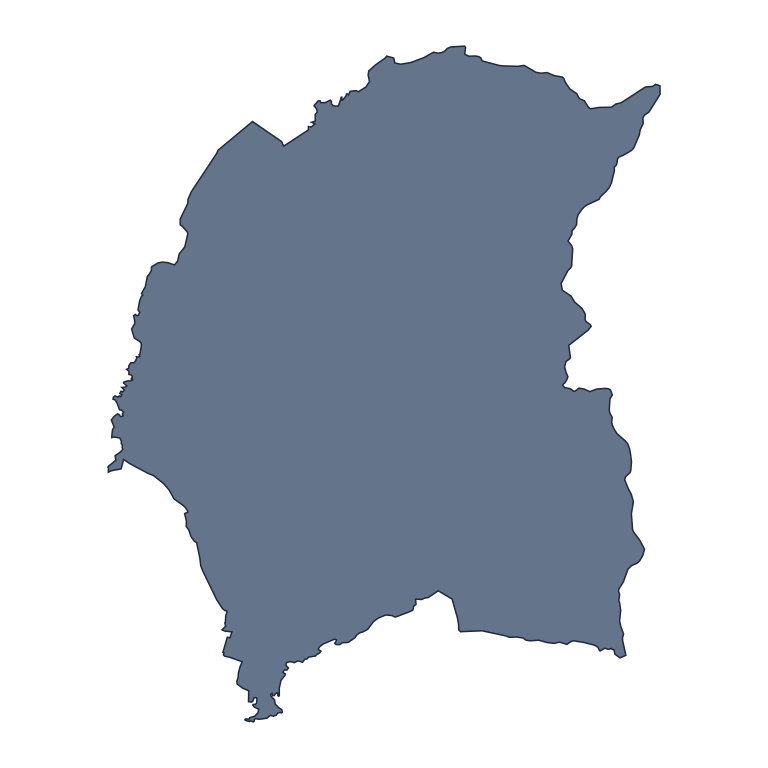 the district of Salcia, Prahova, Romania
{"feature_id": "2599482B25993621139303", "entity_name": "Salcia", "entity_type": "district", "adm_level": 2, "iso_a3": "ROU", "parent_name": "Romania", "parent_adm1": "Prahova", "projection": "robinson", "projection_center": [26.322, 45.187], "detail": "fine", "context": "isolated", "style": "filled", "palette": "slate", "viewbox_px": 768, "rotation_deg": 0, "n_neighbors": 0, "source": "geoboundaries", "source_scale": "gbopen_adm2", "svg_char_len": 6075}
<svg xmlns="http://www.w3.org/2000/svg" viewBox="0 0 768 768"><path d="M623.6,634.0L620.8,626.5L619.6,620.8L620.7,610.2L619.6,602.7L618.8,600.4L619.6,594.8L618.5,590.9L618.7,589.4L623.5,581.7L627.9,569.3L631.6,565.6L637.6,562.9L639.7,560.8L642.7,555.7L644.5,549.1L639.6,539.9L633.3,531.6L632.5,528.9L631.4,513.7L633.4,501.8L631.3,494.3L628.4,488.9L624.7,479.9L625.4,476.9L630.1,472.5L630.7,471.0L631.5,462.0L630.4,453.1L629.6,448.8L627.7,443.7L625.3,440.9L617.1,433.7L614.3,429.5L612.4,425.4L611.7,422.0L612.2,417.3L609.9,413.2L609.2,410.1L610.0,398.8L612.3,395.0L610.5,389.9L608.3,388.7L605.3,388.4L596.8,389.0L589.9,391.6L583.9,389.0L578.9,388.1L575.3,391.0L573.8,391.3L570.3,388.7L564.8,387.6L562.8,385.6L563.2,384.2L564.8,383.0L566.6,380.1L567.9,376.8L565.8,371.6L564.6,366.7L566.0,361.5L569.7,358.9L570.5,357.6L568.7,345.4L588.2,330.1L591.2,326.3L590.4,324.8L585.8,321.3L585.1,319.2L585.3,315.0L584.8,313.1L582.0,308.4L574.7,302.1L571.0,296.0L562.4,290.3L561.1,283.5L568.0,270.4L570.7,268.0L571.6,266.2L572.7,249.0L571.7,245.6L568.0,241.1L571.9,234.2L572.0,230.8L574.6,228.0L576.6,224.6L576.9,218.9L578.0,215.1L582.0,209.2L584.5,206.7L587.1,204.9L599.1,199.3L600.4,196.8L606.3,191.2L609.2,187.6L611.5,182.8L614.4,170.6L614.3,167.3L616.6,164.6L617.7,158.4L619.2,156.9L623.1,155.4L631.7,150.3L633.8,147.9L639.4,134.7L640.2,129.7L643.2,123.6L642.9,117.8L644.4,115.2L649.0,112.0L660.1,94.3L660.0,85.8L655.6,84.3L653.0,86.3L645.2,87.1L621.3,102.7L615.9,104.0L611.5,107.2L599.3,107.4L590.4,108.8L588.2,106.8L584.3,100.7L580.0,98.9L578.6,97.5L576.9,93.8L569.7,88.8L565.2,82.1L563.8,78.4L562.5,77.1L554.3,75.6L547.1,72.6L541.2,73.2L535.9,72.3L524.2,65.4L517.7,66.3L503.5,65.9L499.4,65.5L483.6,61.3L482.0,60.6L480.9,58.0L478.9,56.6L475.5,56.0L469.0,56.2L465.3,54.6L464.8,53.2L465.6,47.5L464.6,46.1L450.9,46.9L447.2,48.5L445.0,50.9L441.7,52.6L438.1,53.2L433.5,52.2L423.9,57.6L410.9,62.5L400.7,64.2L394.9,63.0L393.7,58.0L386.7,56.1L385.1,58.1L375.5,64.9L368.8,70.8L368.1,74.9L369.5,81.6L366.0,86.9L358.3,91.8L355.9,90.6L350.2,91.3L348.5,94.9L347.3,93.9L346.4,94.1L346.0,95.9L342.5,100.3L341.9,100.1L341.9,97.2L341.3,97.1L338.5,105.9L335.7,106.2L333.0,105.5L331.4,103.8L331.4,101.4L330.5,100.1L325.2,102.6L320.8,102.7L320.1,100.8L318.3,100.8L314.3,105.2L314.2,106.0L316.7,109.0L317.2,112.2L315.2,114.3L315.3,121.1L311.5,122.3L315.0,123.9L311.1,127.0L308.4,126.6L308.3,130.0L283.7,146.1L281.5,141.5L252.5,121.5L218.1,150.2L216.7,153.4L191.5,191.4L188.0,199.3L187.8,203.2L180.2,219.1L180.2,224.8L182.8,226.8L187.2,231.9L187.8,233.7L184.8,246.9L179.2,253.9L177.6,261.1L174.5,264.9L167.7,262.6L162.5,262.1L158.1,262.9L152.1,266.4L151.5,267.3L151.3,270.6L149.4,274.0L147.4,276.2L145.3,286.7L141.5,293.6L142.8,295.1L141.5,296.3L139.7,300.6L138.0,309.7L139.8,312.5L138.0,315.6L137.1,315.7L135.2,314.4L133.6,315.7L134.7,320.8L134.7,323.5L131.6,329.1L134.3,338.1L139.7,341.5L141.3,343.4L141.2,346.8L139.9,354.0L139.0,354.7L139.9,356.4L139.1,356.9L136.4,356.7L136.8,357.6L135.5,361.0L133.9,362.7L130.9,362.7L128.9,365.5L128.7,368.2L126.6,369.3L129.0,371.3L128.8,374.4L130.9,374.8L132.2,376.2L132.3,377.1L131.2,378.8L132.4,379.0L132.6,379.9L130.5,380.9L127.8,380.8L124.0,381.9L123.5,382.6L123.8,383.3L126.8,385.9L125.0,387.3L121.8,387.4L124.3,390.0L122.6,392.0L121.1,391.2L120.6,391.8L119.8,393.6L121.9,394.6L120.5,396.7L119.2,395.9L117.9,397.2L114.9,395.8L113.3,397.3L113.0,399.2L115.0,399.9L116.9,402.7L119.5,409.7L121.9,410.4L123.6,412.2L122.3,414.0L123.3,415.7L122.9,416.1L120.5,416.6L119.4,414.8L117.7,413.8L114.1,416.4L111.3,420.0L114.2,427.1L112.5,429.7L111.7,436.8L111.8,437.6L114.0,437.0L119.8,438.0L121.4,441.3L121.2,443.4L122.4,445.1L122.1,447.7L122.8,449.4L119.9,452.4L115.0,455.8L115.9,460.1L108.1,466.6L107.9,467.4L108.5,468.4L108.3,472.2L111.6,470.7L121.1,468.9L123.7,459.5L129.5,463.5L148.1,473.4L153.4,475.5L163.8,483.7L169.0,489.9L174.1,499.0L182.7,505.1L185.3,507.4L187.3,510.4L187.9,512.0L184.6,513.6L186.4,521.0L186.2,526.5L188.8,529.9L190.7,535.8L192.0,538.0L194.3,541.2L196.6,542.6L199.8,557.9L200.7,565.6L202.5,570.4L216.8,600.0L222.4,608.5L224.9,610.6L226.6,610.8L227.1,611.7L225.7,615.7L225.4,622.2L224.8,622.9L225.6,626.2L222.0,629.8L224.9,631.1L231.9,631.9L230.0,637.8L227.3,637.2L222.9,652.4L224.0,652.8L223.4,654.9L224.7,656.2L229.1,657.1L242.1,661.7L239.9,667.3L238.4,673.1L238.1,677.5L236.8,681.5L237.1,684.0L242.5,688.1L248.7,690.8L248.5,701.7L251.5,702.1L252.8,701.3L253.8,698.3L254.7,697.6L256.2,697.7L257.0,698.7L256.5,703.3L255.6,704.2L253.0,704.5L252.8,705.1L254.6,707.3L258.8,709.2L257.9,712.7L255.1,716.0L249.7,717.7L249.1,719.1L245.8,718.9L245.0,719.4L245.2,720.3L249.2,721.5L250.2,720.9L253.4,721.9L254.0,721.5L254.4,719.4L255.5,718.7L259.4,719.3L266.9,718.2L270.3,715.4L273.3,716.2L276.3,715.2L277.7,713.2L279.6,712.5L281.7,712.9L282.4,712.1L281.7,709.6L278.7,707.6L275.2,704.0L274.5,699.6L271.6,697.0L270.5,694.6L272.0,693.2L272.9,695.7L274.3,695.6L275.4,693.9L277.4,692.7L277.9,693.4L277.8,695.6L278.6,696.2L279.3,695.8L279.3,688.1L281.0,680.4L285.4,674.7L285.3,673.8L283.0,672.5L283.1,671.8L284.3,670.1L287.1,670.0L288.4,667.9L286.0,665.5L286.1,663.7L287.1,662.3L290.8,661.6L294.3,662.7L297.8,660.9L302.6,662.2L304.7,659.3L306.8,659.0L308.7,657.1L315.5,656.0L316.8,654.5L319.7,653.0L320.9,651.1L318.3,649.4L319.2,647.2L323.0,644.1L334.5,639.2L336.4,639.8L336.2,641.1L334.7,643.3L336.2,644.6L339.7,644.6L342.4,642.7L348.0,642.5L354.9,637.8L356.9,634.9L359.6,632.9L363.0,631.9L367.6,629.4L373.5,621.6L378.0,618.2L385.7,615.0L392.3,615.6L394.3,616.8L395.9,616.9L409.9,611.6L412.9,610.1L413.6,606.3L416.0,604.5L415.6,599.1L421.8,599.5L424.9,598.0L428.2,597.6L438.2,590.8L452.1,599.1L457.3,617.4L458.6,624.4L458.7,629.8L460.4,631.7L482.0,630.8L505.5,635.8L509.5,637.3L516.8,637.0L523.1,638.0L526.1,640.2L530.1,640.8L538.6,640.2L547.4,642.6L554.2,643.4L559.5,642.1L566.9,644.4L571.5,641.2L573.5,640.8L584.0,642.5L594.7,645.2L597.9,647.2L599.5,650.7L600.3,650.9L604.8,648.2L608.4,649.4L611.6,648.4L611.9,649.2L614.1,649.9L614.8,654.1L620.1,657.9L625.9,655.3L622.6,640.6L622.5,637.8L623.6,634.0Z" fill="#64748b" stroke="#1e293b" stroke-width="1.5"/></svg>